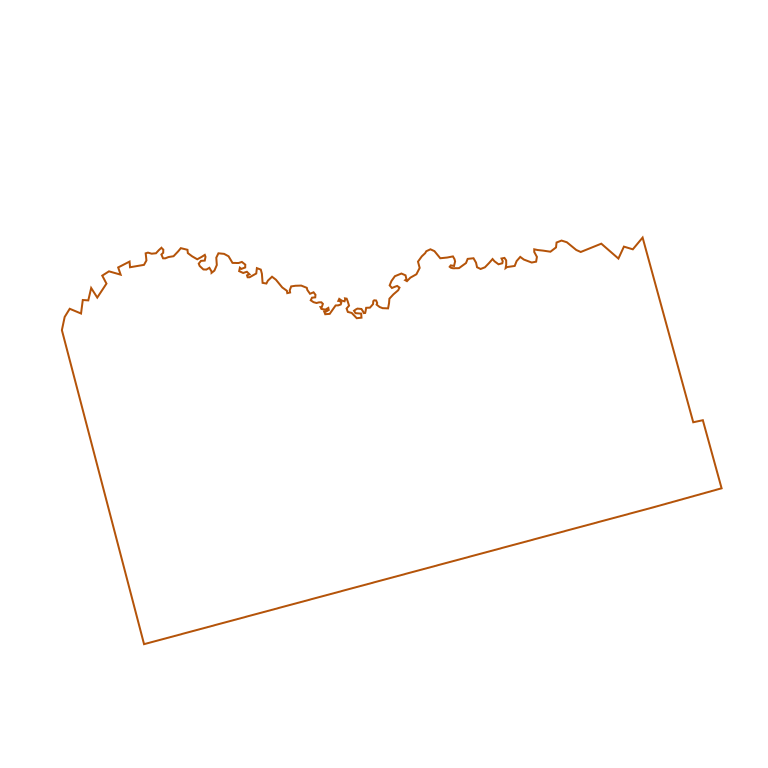 outline of Mellette, South Dakota, United States of America, rotated 345°
{"feature_id": "52423323B72316424334286", "entity_name": "Mellette", "entity_type": "district", "adm_level": 2, "iso_a3": "USA", "parent_name": "United States of America", "parent_adm1": "South Dakota", "projection": "orthographic", "projection_center": [-100.749, 43.623], "detail": "fine", "context": "isolated", "style": "outline", "palette": "amber", "viewbox_px": 768, "rotation_deg": 345, "n_neighbors": 0, "source": "geoboundaries", "source_scale": "gbopen_adm2", "svg_char_len": 2994}
<svg xmlns="http://www.w3.org/2000/svg" viewBox="0 0 768 768"><g transform="rotate(345 384 384)"><path d="M608.2,307.4L604.4,304.3L597.3,294.4L592.6,291.4L587.3,292.0L585.5,296.6L579.0,299.3L572.1,296.3L567.2,294.4L564.0,292.8L563.3,295.4L564.6,300.8L562.6,305.2L558.1,304.9L551.3,300.0L548.5,296.5L543.9,299.6L540.8,303.8L533.1,302.9L531.5,303.5L533.0,300.2L534.0,296.2L533.0,293.4L530.0,293.2L530.5,296.1L529.5,298.0L525.6,298.0L522.5,294.1L521.2,291.4L516.7,294.4L511.7,297.4L507.1,297.9L504.1,295.3L504.3,290.6L503.0,285.7L497.2,284.8L494.5,288.4L486.4,291.5L480.7,290.1L478.8,289.1L477.8,287.8L479.2,286.7L482.2,288.1L484.4,284.0L484.4,281.6L483.6,278.6L477.8,278.2L470.9,277.1L467.1,268.7L463.7,265.9L459.2,266.7L457.6,268.3L453.5,270.5L448.5,274.6L448.5,281.1L443.7,286.4L437.0,288.1L432.8,290.6L431.4,289.2L432.8,288.7L432.9,284.6L429.4,281.8L422.4,282.7L417.9,286.4L415.0,290.2L416.5,293.3L419.7,292.9L422.1,292.7L423.9,294.9L422.0,297.1L416.2,299.9L411.3,303.0L409.8,307.2L407.5,312.0L404.6,311.1L402.3,310.4L399.7,308.5L397.4,305.4L398.4,304.0L398.0,301.3L396.2,300.6L395.1,301.2L394.1,304.0L390.2,306.6L386.5,305.8L385.1,308.8L384.2,310.5L382.9,310.3L382.5,308.4L381.6,305.7L377.9,304.3L376.1,304.7L374.0,305.5L374.8,308.2L380.2,310.1L379.4,314.1L374.7,313.4L371.2,307.0L367.7,305.0L367.4,301.4L370.5,299.3L370.3,294.4L370.0,291.9L368.5,291.2L368.4,292.2L367.3,293.9L364.8,292.6L362.8,290.2L361.4,291.9L362.7,292.4L363.8,294.4L362.8,296.0L360.1,296.2L357.6,295.6L349.7,302.2L345.3,301.4L345.0,298.6L346.6,299.1L349.8,298.2L349.9,296.1L346.7,297.0L343.0,295.3L342.6,293.3L343.8,293.6L345.7,290.8L344.7,288.9L342.4,288.3L339.8,288.3L337.1,286.7L334.9,284.2L336.8,282.0L340.0,282.5L340.9,280.1L339.7,277.2L335.9,277.7L334.3,273.4L334.3,271.1L329.5,267.5L323.9,266.2L319.6,265.7L317.2,269.1L317.0,271.3L314.1,271.2L314.3,268.8L310.7,264.4L306.6,255.3L303.6,251.4L298.6,254.1L296.4,256.5L292.9,254.9L293.6,251.2L294.6,245.9L294.6,241.6L291.2,239.2L289.2,244.2L281.8,246.1L279.9,245.6L279.8,243.6L282.4,243.2L280.6,240.1L276.7,240.3L273.3,237.5L274.9,234.4L276.0,235.9L280.1,235.5L280.9,232.8L278.3,229.3L274.8,229.5L269.0,227.8L266.9,220.4L263.2,216.9L257.9,214.9L254.7,218.6L253.3,225.8L249.5,230.6L246.2,232.0L246.5,230.6L245.4,226.6L242.0,227.5L239.2,226.6L236.5,222.3L236.2,219.8L239.1,217.7L242.8,218.4L244.5,215.0L244.3,212.9L240.8,214.0L235.9,215.2L231.7,211.0L228.4,206.8L228.9,203.5L222.9,200.2L219.5,202.6L213.8,206.1L208.7,205.6L205.2,206.0L203.1,205.4L202.5,201.3L204.7,200.1L205.6,197.1L204.6,195.5L204.3,194.8L201.2,196.4L197.6,198.7L193.3,198.0L190.0,196.0L187.6,196.1L187.1,199.5L186.5,203.2L183.0,206.8L168.9,205.5L169.9,199.9L157.4,202.6L157.9,210.2L147.5,204.0L139.9,206.4L141.9,215.2L129.4,226.3L126.0,215.5L120.0,226.7L114.8,224.9L109.6,237.5L99.9,230.0L92.9,236.6L86.8,248.6L84.9,573.2L613.3,572.8L683.1,572.1L682.6,501.5L672.8,501.0L671.7,309.5L659.2,318.3L651.3,313.4L642.9,323.5L630.2,304.7L608.2,307.4Z" fill="none" stroke="#b45309" stroke-width="2"/></g></svg>